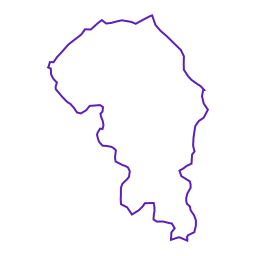 outline of Anafotida, Larnaca, Cyprus
{"feature_id": "46923920B49620686054742", "entity_name": "Anafotida", "entity_type": "district", "adm_level": 2, "iso_a3": "CYP", "parent_name": "Cyprus", "parent_adm1": "Larnaca", "projection": "robinson", "projection_center": [33.461, 34.81], "detail": "fine", "context": "isolated", "style": "outline", "palette": "violet", "viewbox_px": 256, "rotation_deg": 0, "n_neighbors": 0, "source": "geoboundaries", "source_scale": "gbopen_adm2", "svg_char_len": 1739}
<svg xmlns="http://www.w3.org/2000/svg" viewBox="0 0 256 256"><path d="M204.2,90.0L200.6,86.1L197.2,84.0L191.5,79.9L188.2,76.4L183.9,69.8L183.7,63.7L183.9,56.3L180.9,50.1L175.6,44.9L168.3,37.7L166.2,35.7L160.7,31.0L155.5,25.0L152.1,15.4L150.0,16.2L143.0,19.8L135.7,23.8L131.3,21.9L121.9,20.3L117.2,21.3L111.3,22.9L106.2,23.5L101.8,20.1L97.3,23.6L90.8,29.5L85.0,29.3L81.4,34.4L77.5,37.5L73.1,40.8L68.2,44.7L61.1,52.8L57.2,56.9L53.5,62.2L49.9,62.1L48.5,66.9L48.1,67.4L50.8,68.6L51.1,74.5L53.3,78.8L56.9,82.5L55.6,86.9L55.8,89.2L58.6,92.5L62.2,96.8L66.9,101.7L70.6,104.1L74.2,108.2L76.9,112.4L80.9,113.4L86.1,110.3L89.7,105.9L100.0,105.1L103.0,107.1L102.5,111.6L100.4,113.7L101.1,116.8L102.7,120.9L103.5,125.1L102.5,129.0L100.1,128.6L97.8,132.3L97.0,134.7L98.1,139.1L99.2,141.9L102.4,145.6L106.8,146.0L111.3,146.8L113.7,148.2L115.9,150.3L115.0,157.5L115.6,161.5L122.2,164.9L126.0,166.3L128.0,167.5L129.8,171.3L129.0,176.8L127.2,179.1L122.3,183.9L120.9,188.0L120.9,195.0L120.7,198.9L121.0,204.2L127.2,207.4L131.9,214.5L138.8,210.3L142.7,206.4L144.9,203.2L153.7,203.0L154.4,207.0L154.5,210.8L153.8,215.1L153.5,219.5L156.8,221.6L162.9,221.5L169.9,223.2L171.9,223.6L174.7,228.3L171.4,232.4L171.3,234.8L171.0,238.5L170.9,239.5L170.9,239.8L175.9,238.2L179.2,237.2L187.3,240.6L187.4,239.4L187.0,236.8L188.2,235.1L194.3,232.2L195.9,225.5L195.9,220.3L194.1,215.4L190.6,210.2L189.8,206.3L187.2,204.1L186.4,202.2L186.2,198.1L187.4,193.4L190.6,187.8L190.6,184.5L189.8,181.3L188.2,180.4L181.3,176.1L179.5,170.6L183.3,168.5L186.6,166.0L191.5,163.6L192.1,154.5L194.5,151.5L193.1,145.7L193.5,137.9L194.5,130.9L195.3,126.0L198.8,121.0L203.7,117.7L207.9,109.7L203.7,103.5L202.0,96.3L203.1,90.2L204.2,90.0Z" fill="none" stroke="#5b21b6" stroke-width="2"/></svg>